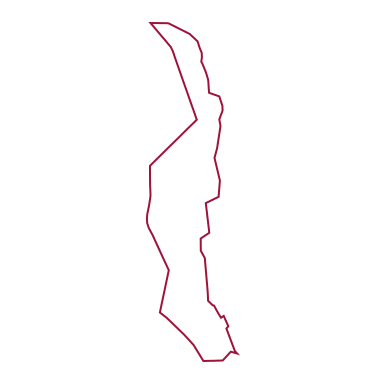 the district of Reifi Nahr Atbara, Kassala, Sudan
{"feature_id": "16777658B85894147141116", "entity_name": "Reifi Nahr Atbara", "entity_type": "district", "adm_level": 2, "iso_a3": "SDN", "parent_name": "Sudan", "parent_adm1": "Kassala", "projection": "natural_earth1", "projection_center": [35.419, 15.73], "detail": "fine", "context": "isolated", "style": "outline", "palette": "rose", "viewbox_px": 384, "rotation_deg": 0, "n_neighbors": 0, "source": "geoboundaries", "source_scale": "gbopen_adm2", "svg_char_len": 1224}
<svg xmlns="http://www.w3.org/2000/svg" viewBox="0 0 384 384"><path d="M150.5,23.0L159.4,33.5L165.5,40.7L166.6,42.0L170.9,47.1L171.0,47.3L171.5,48.5L172.9,51.3L174.8,57.1L183.4,81.7L185.5,87.6L187.8,94.1L191.5,104.7L194.8,114.0L195.9,117.3L196.8,119.7L189.7,126.7L187.8,128.5L176.3,139.9L168.7,147.3L151.6,164.2L150.0,165.8L150.0,175.6L150.1,184.5L150.4,191.8L150.5,195.8L150.1,198.8L149.4,203.2L149.2,204.7L147.3,214.1L146.9,218.9L147.2,223.2L148.7,227.8L152.6,235.1L160.3,251.9L163.6,259.1L168.8,270.2L160.9,307.6L160.4,310.1L159.9,312.5L166.8,317.9L184.1,334.6L193.6,345.0L203.4,361.0L210.6,360.8L212.5,360.8L219.2,360.6L222.7,360.5L230.8,351.7L237.1,353.5L234.8,350.9L226.4,328.5L228.3,326.3L227.4,324.2L223.7,315.9L221.0,317.7L218.7,314.0L216.3,309.8L214.0,305.5L212.7,305.3L208.1,300.8L207.7,291.9L204.8,258.0L200.8,250.8L200.7,238.5L209.3,232.8L205.8,203.1L218.6,196.8L219.9,180.5L214.5,157.9L217.1,148.2L220.5,126.0L219.3,119.4L222.6,110.5L222.4,105.9L219.3,96.4L209.1,92.8L208.8,89.3L208.3,81.0L208.0,79.2L206.6,74.6L206.0,72.6L205.4,71.0L202.1,63.0L201.3,61.8L201.9,57.4L201.7,52.7L199.8,48.3L197.6,41.4L189.6,33.9L179.2,28.7L168.7,23.4L167.4,23.2L150.5,23.0Z" fill="none" stroke="#9f1239" stroke-width="2"/></svg>